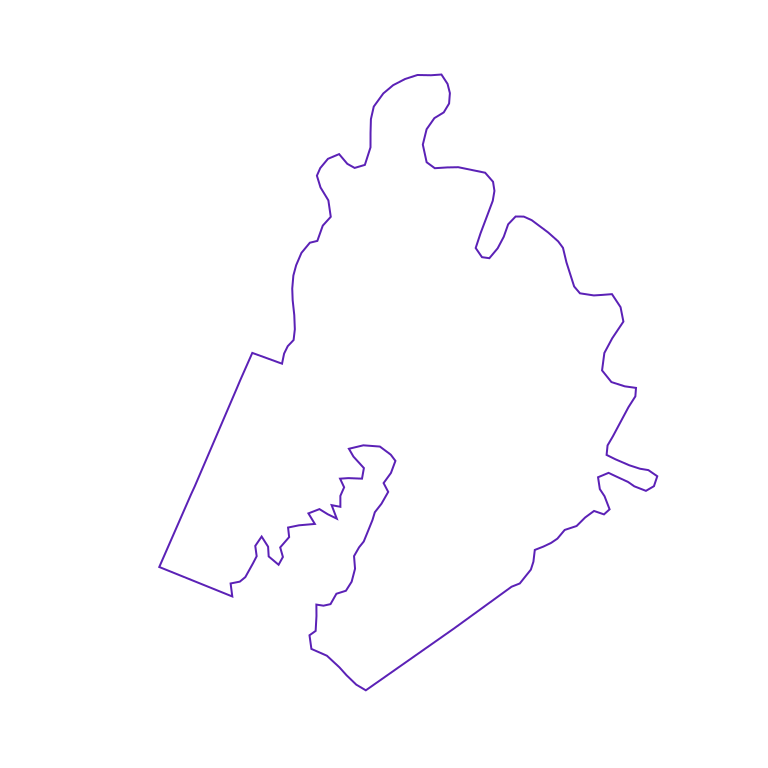 Fênix, Paraná, Brazil, rotated 350°
{"feature_id": "56859067B81094551622524", "entity_name": "Fênix", "entity_type": "district", "adm_level": 2, "iso_a3": "BRA", "parent_name": "Brazil", "parent_adm1": "Paraná", "projection": "natural_earth1", "projection_center": [-52.026, -23.893], "detail": "fine", "context": "isolated", "style": "outline", "palette": "violet", "viewbox_px": 768, "rotation_deg": 350, "n_neighbors": 0, "source": "geoboundaries", "source_scale": "gbopen_adm2", "svg_char_len": 2319}
<svg xmlns="http://www.w3.org/2000/svg" viewBox="0 0 768 768"><g transform="rotate(350 384 384)"><path d="M558.9,550.4L568.8,545.5L578.0,550.6L584.4,546.6L581.7,532.8L578.3,525.0L578.6,513.0L589.7,510.5L596.2,515.1L607.4,522.9L612.7,528.2L623.4,534.7L632.1,531.5L637.1,522.3L629.4,514.7L621.4,511.9L611.4,506.6L598.8,498.3L590.9,492.5L593.5,483.3L600.3,475.3L620.7,449.3L629.4,439.8L631.5,431.6L620.7,428.1L608.3,421.6L601.1,408.5L606.4,391.7L616.7,378.6L630.6,364.1L630.3,349.4L624.1,335.1L613.9,334.1L606.0,333.2L592.7,328.7L588.2,321.0L584.8,295.9L583.9,281.0L580.3,273.8L572.0,263.3L557.9,248.3L550.7,243.4L542.7,241.9L534.0,248.3L527.5,259.8L519.5,270.1L509.6,278.4L502.5,276.1L497.9,266.0L505.2,252.4L515.7,234.7L522.9,222.5L526.3,213.0L526.5,203.8L520.3,193.5L494.8,183.4L483.9,181.7L471.5,180.3L464.5,173.0L463.8,155.0L470.2,140.5L479.8,130.9L490.0,126.9L496.8,119.1L499.4,109.0L498.7,99.5L494.3,89.2L483.9,88.1L470.6,85.5L457.7,87.3L444.9,91.3L433.8,97.7L422.1,109.0L417.1,120.9L414.4,134.1L411.8,148.6L403.2,164.9L392.6,166.1L386.1,160.8L379.7,149.8L367.9,152.5L358.7,160.3L354.1,167.2L355.6,179.4L361.1,193.5L360.6,210.1L351.2,217.4L343.2,231.5L335.5,232.0L325.5,240.5L318.1,251.8L313.6,261.4L310.2,274.1L308.6,285.6L307.6,300.6L305.7,314.6L302.6,325.0L295.8,330.0L290.9,336.7L287.1,346.3L259.7,330.5L243.0,355.4L237.7,363.6L179.8,452.0L174.8,459.2L130.9,525.2L197.7,566.9L198.3,553.8L207.7,553.6L213.9,550.1L223.8,537.9L228.7,531.5L229.1,521.1L237.0,513.0L241.6,524.1L240.5,533.8L248.8,543.7L254.4,536.8L253.4,526.9L264.0,518.3L264.6,508.7L275.7,508.4L291.6,509.8L287.1,498.3L298.7,496.0L306.0,502.5L314.1,508.4L311.4,494.2L319.7,497.4L321.6,486.6L326.8,478.8L324.3,469.6L332.6,470.5L345.9,473.4L349.6,463.3L341.3,450.2L338.2,441.7L353.0,440.8L369.1,444.9L378.4,454.8L381.9,461.7L375.4,472.8L366.4,481.5L369.4,491.0L360.7,501.5L352.7,508.7L349.0,516.0L342.5,526.4L336.7,535.6L331.1,540.5L324.6,548.3L323.4,560.9L317.8,573.1L310.6,581.0L300.7,582.3L293.1,591.5L285.9,591.8L279.1,589.5L277.2,600.8L273.8,615.3L267.0,618.5L266.5,632.3L280.6,641.7L290.9,655.3L296.5,664.3L304.5,675.3L312.9,682.5L409.9,637.2L474.4,605.8L483.1,604.0L490.7,597.3L496.4,592.3L500.3,584.9L503.7,573.6L512.7,571.8L521.0,569.5L527.9,566.4L536.6,559.1L549.0,557.3L558.9,550.4Z" fill="none" stroke="#5b21b6" stroke-width="2"/></g></svg>